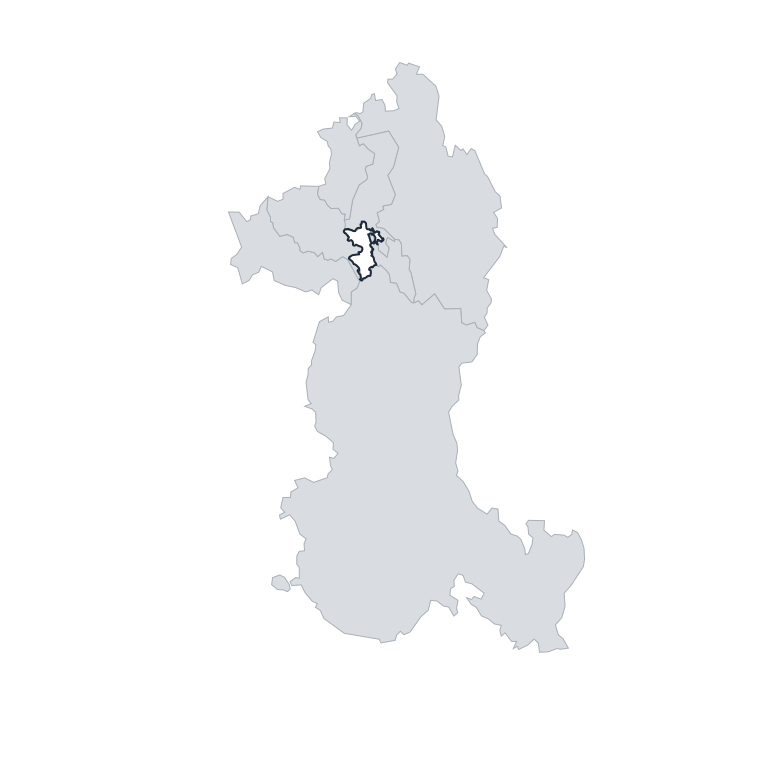 Tajikistan and the surrounding countries, rotated 74°
{"feature_id": "TJK", "entity_name": "Tajikistan", "entity_type": "country or territory", "adm_level": 0, "iso_a3": "TJK", "parent_name": "Asia", "parent_adm1": "", "projection": "robinson", "projection_center": [70.744, 38.86], "detail": "fine", "context": "with_neighbors", "style": "outline", "palette": "slate", "viewbox_px": 768, "rotation_deg": 74, "n_neighbors": 7, "source": "natural_earth", "source_scale": "50m", "svg_char_len": 11703}
<svg xmlns="http://www.w3.org/2000/svg" viewBox="0 0 768 768"><g transform="rotate(74 384 384)"><path d="M360.2,273.2L355.5,279.0L349.8,279.8L350.1,288.5L346.6,292.4L332.6,289.5L328.6,305.1L311.3,310.5L318.4,325.7L313.6,328.0L314.4,333.0L309.9,331.7L306.2,328.6L283.8,327.4L281.3,328.4L271.1,324.7L267.0,326.5L266.0,331.7L254.3,328.7L249.6,329.9L248.0,333.8L234.4,341.5L231.2,347.8L228.5,347.9L226.6,343.7L217.5,343.4L216.1,336.2L212.6,336.2L213.4,327.3L205.0,320.9L184.5,322.9L178.0,315.0L160.6,304.7L142.2,309.8L140.3,342.2L136.6,342.6L132.1,335.7L127.4,333.3L119.1,335.1L115.7,338.0L115.5,335.9L117.6,332.2L116.5,329.2L108.5,326.2L106.0,318.3L102.3,316.0L102.3,313.2L109.1,314.0L110.0,307.6L116.1,306.2L122.1,307.5L124.1,299.0L123.3,293.7L116.3,294.1L110.6,292.0L95.5,297.6L92.1,296.2L93.3,291.8L89.6,286.0L84.4,286.2L79.3,280.3L84.1,273.7L82.3,272.0L88.9,262.5L95.3,267.5L96.9,261.3L112.1,252.0L122.6,251.8L144.5,261.1L152.0,257.5L162.7,257.4L171.1,261.8L173.2,259.2L182.7,259.6L184.6,255.6L174.1,249.7L180.8,245.6L179.7,243.3L186.2,241.1L181.7,235.2L184.9,232.3L209.8,229.4L213.0,227.3L229.5,224.2L235.5,220.7L247.2,222.5L249.3,231.3L256.2,229.2L264.7,232.1L264.2,236.7L270.6,236.3L286.9,228.2L284.6,230.9L293.3,237.5L309.3,259.0L312.6,254.6L322.3,259.5L331.8,257.3L335.7,258.8L339.3,263.8L344.2,265.4L347.4,269.1L356.1,267.9L360.2,273.2Z" fill="#d9dde1" stroke="#a8b0b8" stroke-width="1"/><path d="M140.3,342.2L142.2,309.8L160.6,304.7L178.0,315.0L184.5,322.9L205.0,320.9L213.4,327.3L212.6,336.2L216.1,336.2L217.5,343.4L226.6,343.7L228.5,347.9L231.2,347.8L234.4,341.5L248.0,333.8L250.1,334.6L244.1,340.3L249.4,343.6L254.5,341.4L263.1,346.1L253.9,352.4L245.4,351.8L244.4,349.3L245.9,345.2L236.2,347.3L230.4,357.8L224.4,357.4L222.4,361.3L227.7,363.4L229.3,370.0L225.1,379.0L215.5,377.0L215.8,371.6L198.6,363.5L185.9,353.2L182.7,344.2L180.3,342.6L172.6,343.0L169.9,341.2L169.5,334.2L160.1,329.5L153.8,334.6L147.5,337.6L148.4,342.1L140.3,342.2Z" fill="#d9dde1" stroke="#a8b0b8" stroke-width="1"/><path d="M298.8,393.6L291.8,401.1L283.6,402.4L272.3,400.2L268.7,404.0L274.1,417.8L280.2,422.2L273.8,427.4L274.0,433.7L266.8,442.6L262.1,451.6L254.3,461.0L245.5,460.3L237.1,469.6L242.0,473.6L242.9,480.4L247.2,484.9L248.7,492.6L231.9,492.5L226.8,498.5L221.2,496.2L218.9,489.8L213.1,483.1L175.8,486.1L178.9,475.8L190.0,471.2L189.4,467.1L185.8,465.7L185.7,457.9L178.6,454.0L172.0,443.9L184.6,448.5L192.1,447.1L196.6,448.3L198.2,446.3L203.4,447.1L213.3,443.4L213.6,435.8L217.9,430.8L223.5,430.8L224.3,428.3L230.0,427.2L232.8,428.0L235.7,425.5L235.4,420.2L238.5,414.8L243.3,412.6L240.4,406.7L247.4,407.0L249.5,403.8L249.2,400.3L252.8,396.6L250.2,388.5L254.5,384.6L278.8,379.1L284.3,383.2L286.6,390.0L298.8,393.6Z" fill="#d9dde1" stroke="#a8b0b8" stroke-width="1"/><path d="M215.5,377.0L219.6,377.1L227.3,380.1L232.6,377.2L235.1,378.9L237.5,374.9L241.8,375.0L243.7,370.2L246.9,367.1L250.8,369.1L250.0,371.8L252.2,372.2L251.6,379.7L254.5,382.6L260.3,379.8L264.8,375.9L277.4,376.5L278.8,379.1L254.5,384.6L250.2,388.5L252.8,396.6L249.2,400.3L249.5,403.8L247.4,407.0L240.4,406.7L243.3,412.6L238.5,414.8L235.4,420.2L235.7,425.5L232.8,428.0L230.0,427.2L224.3,428.3L223.5,430.8L217.9,430.8L213.6,435.8L213.3,443.4L203.4,447.1L198.2,446.3L196.6,448.3L192.1,447.1L184.6,448.5L172.0,443.9L179.1,435.9L178.6,430.1L173.0,428.6L170.3,415.9L173.7,411.0L170.5,409.7L176.1,392.2L183.5,395.6L189.1,394.4L190.8,390.4L196.6,389.0L200.8,386.4L202.5,379.3L208.7,377.6L209.9,374.4L215.5,377.0Z" fill="#d9dde1" stroke="#a8b0b8" stroke-width="1"/><path d="M248.0,333.8L249.6,329.9L254.3,328.7L266.0,331.7L267.0,326.5L271.1,324.7L281.3,328.4L283.8,327.4L306.2,328.6L309.9,331.7L314.4,333.0L313.5,335.0L302.4,339.8L299.9,343.3L290.7,344.3L288.2,349.9L280.5,348.7L275.5,350.5L268.7,354.6L269.7,356.7L267.7,358.7L254.0,360.1L245.0,357.2L237.1,357.9L237.9,352.8L245.7,354.3L248.4,351.5L253.9,352.4L263.1,346.1L254.5,341.4L249.4,343.6L244.1,340.3L250.1,334.6L248.0,333.8Z" fill="#d9dde1" stroke="#a8b0b8" stroke-width="1"/><path d="M115.7,338.0L119.1,335.1L127.4,333.3L132.1,335.7L136.6,342.6L148.4,342.1L147.5,337.6L153.8,334.6L160.1,329.5L169.5,334.2L169.9,341.2L172.6,343.0L180.3,342.6L182.7,344.2L185.9,353.2L198.6,363.5L215.8,371.6L215.5,377.0L209.9,374.4L208.7,377.6L202.5,379.3L200.8,386.4L196.6,389.0L190.8,390.4L189.1,394.4L183.5,395.6L176.1,392.2L175.7,384.8L170.2,384.4L162.2,376.6L156.4,375.6L148.5,371.1L143.4,370.3L140.1,372.0L135.2,371.7L129.7,376.8L123.2,378.5L122.2,372.2L123.8,363.0L118.4,360.0L120.6,353.9L115.9,353.4L118.1,346.0L124.7,348.1L131.2,345.3L126.4,340.1L124.7,335.0L118.8,337.3L117.5,343.7L115.7,338.0Z" fill="#d9dde1" stroke="#a8b0b8" stroke-width="1"/><path d="M545.9,547.3L539.4,544.5L538.8,536.9L542.4,532.9L550.7,530.4L555.1,530.6L557.0,534.0L553.9,537.9L552.3,543.0L545.9,547.3ZM314.4,333.0L313.6,328.0L318.4,325.7L311.3,310.5L328.6,305.1L332.6,289.5L346.6,292.4L350.1,288.5L349.8,279.8L355.5,279.0L360.2,273.2L362.8,272.5L365.2,278.5L371.4,283.1L381.5,286.4L387.0,293.4L385.4,303.5L388.3,307.3L406.4,310.0L415.5,315.4L420.0,316.4L424.1,324.5L428.9,329.7L451.7,331.5L461.0,330.3L468.2,331.6L479.6,336.9L488.2,336.9L491.8,339.6L499.4,334.9L510.4,331.9L521.1,331.5L528.9,328.5L537.5,320.8L533.0,314.5L535.6,308.9L547.3,311.4L553.3,306.8L563.2,303.4L567.0,297.7L571.3,295.2L581.2,294.1L586.9,295.1L586.9,292.0L579.1,285.9L572.9,283.2L568.3,286.4L561.2,285.0L557.5,286.1L554.9,282.6L559.6,267.4L568.6,270.6L576.8,265.2L575.6,261.4L579.0,252.4L582.0,249.7L580.4,245.0L576.2,243.0L580.4,238.8L588.2,237.2L596.9,237.0L607.7,239.5L614.5,242.7L629.5,260.1L634.8,268.5L647.5,271.2L657.5,277.4L662.8,285.6L673.3,285.6L678.2,282.1L688.7,279.6L687.6,287.4L686.0,290.6L686.7,300.1L684.7,308.5L675.7,307.0L670.6,310.0L674.5,317.6L676.3,327.9L672.8,328.2L674.0,332.6L668.0,327.5L666.5,332.4L656.5,336.2L658.8,340.8L652.5,340.5L648.4,337.7L645.0,344.0L638.3,348.7L633.7,354.3L624.1,356.9L619.6,361.0L612.2,363.5L615.3,359.3L613.1,355.9L617.6,350.0L612.7,345.4L600.3,354.6L596.9,360.3L589.8,360.7L586.9,364.9L591.8,370.9L598.0,372.3L599.0,376.3L605.2,378.9L612.3,372.5L619.4,376.0L624.2,376.2L626.3,380.9L616.3,383.3L613.8,388.1L607.4,392.6L604.8,398.8L613.5,403.7L617.7,412.4L629.6,427.4L630.5,434.0L626.2,436.4L628.7,441.1L633.5,443.9L632.1,458.2L628.0,459.0L612.7,490.9L592.7,506.5L584.1,507.6L579.7,511.5L576.9,508.6L572.8,513.0L562.4,517.5L554.3,518.9L552.3,528.2L548.1,528.8L545.7,522.3L547.3,518.9L536.8,516.0L533.2,517.5L525.3,515.2L521.5,511.6L522.4,506.4L515.3,504.8L511.4,501.5L505.1,506.2L491.6,507.2L483.7,510.7L485.4,520.8L481.2,520.6L480.0,514.8L474.5,517.4L465.3,512.4L467.2,505.1L462.2,503.3L460.0,495.2L452.0,496.6L452.4,486.1L459.2,478.7L458.4,464.5L454.9,462.4L452.1,457.2L447.7,457.9L439.4,456.5L441.8,452.8L437.9,447.3L432.7,451.0L426.3,448.8L417.9,454.5L411.3,461.1L405.3,462.2L401.8,459.8L392.3,457.5L388.3,459.8L383.6,466.4L382.7,459.4L378.1,461.3L360.6,458.4L354.3,454.5L348.4,452.7L345.7,448.4L341.5,447.2L333.7,441.4L327.5,438.6L324.5,440.8L306.3,428.9L304.0,419.1L309.4,420.3L309.5,415.8L306.4,411.2L307.0,404.0L298.8,393.6L286.6,390.0L284.3,383.2L278.8,379.1L277.4,376.5L276.5,368.0L272.0,366.0L269.6,366.9L267.7,358.7L269.7,356.7L268.7,354.6L275.5,350.5L280.5,348.7L288.2,349.9L290.7,344.3L299.9,343.3L302.4,339.8L313.5,335.0L314.4,333.0Z" fill="#d9dde1" stroke="#a8b0b8" stroke-width="1"/><path d="M224.5,378.7L224.8,378.1L225.0,375.9L225.3,375.2L226.4,373.9L227.0,372.9L227.6,372.0L228.1,371.8L228.5,371.1L228.9,370.4L229.0,369.9L229.0,369.5L228.8,369.3L228.2,368.8L227.5,368.0L227.1,367.2L226.8,366.2L226.8,365.5L227.5,363.5L227.4,363.2L227.2,362.9L226.8,362.7L226.2,362.6L225.6,362.7L224.8,362.7L224.3,362.6L224.1,362.5L224.1,361.6L223.9,361.4L223.7,361.2L222.1,360.8L221.8,360.6L221.8,360.4L222.4,358.4L222.6,358.3L222.8,357.9L223.2,357.6L224.5,357.0L225.9,357.3L227.1,357.5L228.3,357.7L228.7,357.8L229.4,357.9L229.9,357.8L230.2,357.6L230.8,356.9L231.0,356.0L231.2,355.1L231.5,355.0L231.9,355.1L232.0,355.0L232.1,354.7L232.3,354.5L232.6,354.7L232.8,354.5L232.8,354.3L232.5,354.0L232.3,353.6L232.3,353.4L232.4,353.2L233.1,353.1L233.5,353.1L233.6,352.9L233.6,352.6L233.3,352.5L232.3,352.6L231.2,352.5L231.1,352.4L231.1,352.2L231.3,352.1L233.5,351.7L234.6,351.9L235.5,352.0L235.8,351.9L235.4,351.2L235.9,351.1L236.0,350.8L235.3,348.7L235.7,348.5L236.1,348.1L236.1,347.3L236.4,346.9L236.8,346.7L237.4,346.9L238.4,347.7L238.7,347.9L239.0,347.9L239.4,347.7L241.1,346.9L242.0,346.5L243.2,345.9L243.4,345.6L243.7,344.7L244.0,344.6L245.2,345.7L245.8,346.3L245.8,346.5L245.6,346.7L245.7,346.8L246.5,347.2L246.5,347.3L246.3,347.6L246.2,347.8L245.0,348.7L243.8,349.7L243.8,349.8L243.7,350.1L243.7,350.3L243.9,350.5L244.4,350.7L244.9,350.8L245.1,351.3L245.4,351.8L245.8,351.9L247.5,351.6L248.0,351.6L247.9,352.0L246.4,352.5L245.7,353.0L245.6,353.7L245.4,353.9L245.1,354.1L244.8,354.1L244.3,353.3L243.8,353.1L243.0,352.8L241.6,352.2L240.8,351.9L239.3,352.3L237.6,352.8L237.4,353.2L237.2,353.5L237.2,353.8L237.3,354.1L237.2,354.4L236.9,354.5L236.4,354.2L236.0,354.0L235.8,354.4L235.6,355.2L235.4,355.8L235.8,356.6L235.9,357.9L236.6,357.8L237.1,357.8L238.1,357.5L238.6,357.5L239.4,357.6L240.7,357.6L241.8,357.6L242.0,357.6L242.3,357.4L242.5,357.4L242.8,357.7L243.9,357.4L244.7,357.3L245.1,357.4L245.4,357.5L245.9,358.4L246.3,358.9L246.8,359.0L248.3,358.9L248.7,358.2L249.1,358.0L249.7,357.9L250.3,357.8L250.7,357.5L251.2,357.2L251.7,357.2L251.9,357.4L252.0,357.6L251.9,358.0L251.9,358.3L252.2,358.5L253.2,358.6L253.6,358.8L253.6,359.2L253.5,359.8L253.9,360.1L254.1,360.1L255.5,359.4L255.8,359.4L256.1,359.8L256.6,360.2L257.2,360.7L257.4,360.6L257.6,360.1L258.1,359.6L259.1,359.4L259.6,359.2L260.2,359.1L261.9,359.4L262.4,359.4L263.6,359.3L264.5,359.2L265.2,358.9L265.6,358.6L266.2,358.5L267.0,358.5L267.4,358.6L267.4,359.0L267.3,359.9L267.2,360.5L267.8,361.6L268.2,362.1L268.6,362.5L268.7,362.8L268.6,363.1L268.1,363.3L268.0,363.6L267.9,363.8L268.0,364.2L268.3,365.2L268.7,366.0L269.2,366.4L269.9,366.7L270.3,366.6L270.6,366.0L271.1,365.5L271.5,365.6L272.1,365.6L273.9,366.1L275.6,366.9L276.1,367.3L276.2,367.8L275.8,369.0L275.8,369.7L275.9,370.5L276.3,371.1L276.7,372.1L276.8,372.9L276.9,373.1L277.1,373.4L276.9,374.2L276.8,374.9L276.9,375.2L277.5,375.6L278.3,376.3L278.4,376.8L278.2,377.2L277.7,377.7L277.0,378.0L276.8,378.2L276.7,378.1L276.3,377.7L275.6,377.1L275.1,376.8L274.1,376.9L273.5,376.8L272.8,376.5L272.2,376.6L271.7,377.0L271.5,377.3L270.8,377.5L269.9,377.7L268.4,378.2L267.7,378.1L267.5,377.9L267.7,377.7L268.2,377.3L268.3,376.9L268.2,376.5L267.7,376.4L267.4,376.3L266.5,376.1L265.7,376.2L264.5,376.6L262.2,377.9L261.2,378.7L260.4,380.0L258.3,380.4L256.8,381.1L255.2,382.3L254.2,383.0L253.7,383.1L253.2,382.9L252.7,382.6L252.2,381.6L251.8,380.1L251.5,379.1L251.6,377.9L251.8,376.4L252.0,374.9L252.3,373.2L252.5,372.6L252.5,372.2L252.3,372.0L251.8,372.0L251.1,372.2L250.6,372.3L250.3,372.1L250.4,371.3L250.7,369.9L250.1,368.7L248.7,367.7L247.4,367.4L246.4,367.7L245.5,368.4L244.8,369.7L244.0,370.7L243.3,371.5L242.7,371.9L242.6,372.1L242.4,372.4L242.8,373.5L242.8,374.4L242.4,375.1L241.9,375.4L241.3,375.4L240.9,375.2L240.5,374.9L239.7,374.9L238.2,375.0L237.3,375.4L236.7,375.9L236.6,376.7L236.8,377.7L236.7,378.4L236.2,378.9L235.9,379.2L235.6,379.3L235.0,378.9L234.0,377.9L233.4,377.4L233.0,377.3L232.8,377.4L232.6,377.5L232.4,377.9L232.0,378.0L231.6,377.9L231.2,378.0L231.0,378.3L230.3,378.6L229.1,379.0L228.5,379.5L228.4,379.9L228.2,380.1L227.9,380.1L226.8,380.7L226.0,380.5L225.1,379.7L224.6,379.0L224.5,378.7ZM246.1,355.2L245.5,355.6L245.1,355.5L244.8,355.2L244.6,354.9L244.5,354.7L245.1,354.9L245.8,355.0L246.1,355.1L246.1,355.2ZM245.8,345.5L245.5,345.5L245.2,345.1L245.0,344.8L245.2,344.7L245.5,344.9L245.7,345.2L245.8,345.5Z" fill="none" stroke="#1e293b" stroke-width="2"/></g></svg>